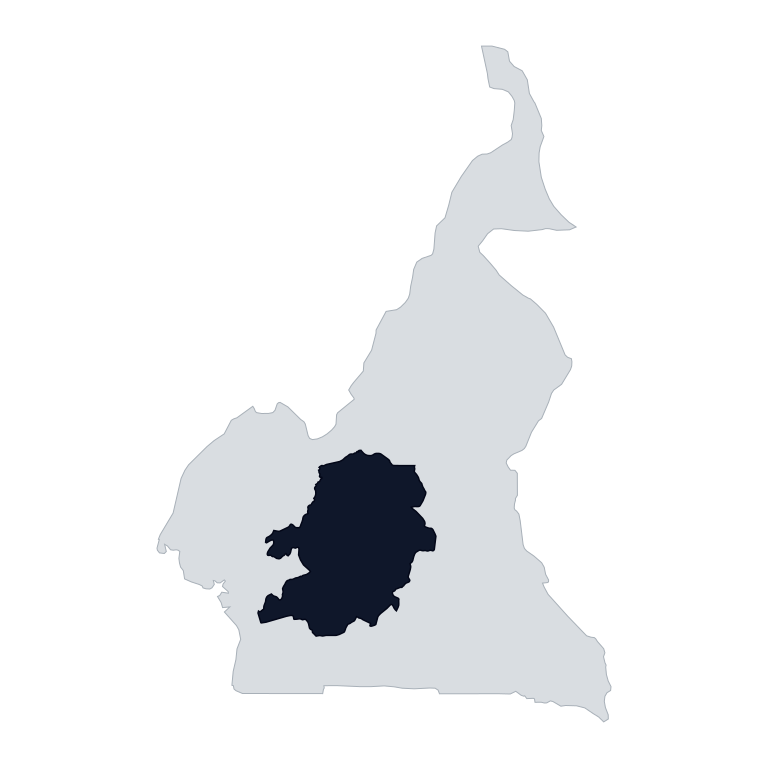 Centre highlighted on a map of Cameroon
{"feature_id": "CMR-1480", "entity_name": "Centre", "entity_type": "Province", "adm_level": 1, "iso_a3": "CMR", "parent_name": "Cameroon", "parent_adm1": "", "projection": "orthographic", "projection_center": [11.575, 4.696], "detail": "fine", "context": "in_parent", "style": "filled", "palette": "ink", "viewbox_px": 768, "rotation_deg": 0, "n_neighbors": 0, "source": "natural_earth", "source_scale": "10m", "svg_char_len": 9778}
<svg xmlns="http://www.w3.org/2000/svg" viewBox="0 0 768 768"><path d="M158.4,539.3L160.2,534.7L173.1,513.1L181.1,478.4L184.9,470.3L188.6,464.8L207.2,446.4L214.1,440.6L224.2,433.9L231.3,420.3L233.7,418.9L236.9,417.8L252.8,406.3L254.2,408.5L255.3,411.3L256.5,412.6L261.6,413.5L268.7,413.4L272.8,412.6L275.0,410.3L277.2,403.9L278.5,402.7L280.1,402.4L287.9,406.9L300.7,419.5L303.9,421.7L305.3,424.1L308.1,435.6L309.6,438.4L312.4,439.6L317.4,438.9L322.5,436.8L327.1,433.9L331.6,430.1L334.6,426.7L336.0,424.2L336.6,414.8L337.6,412.8L354.2,399.3L353.9,398.0L351.1,394.2L348.7,390.0L351.2,385.7L353.7,382.4L363.3,371.1L363.9,362.9L371.6,350.2L376.0,333.3L376.1,330.0L386.1,311.4L396.6,309.7L400.6,307.1L405.3,302.5L408.3,298.2L409.7,294.1L410.7,286.2L412.6,277.2L413.7,269.4L416.8,262.1L422.1,258.4L431.2,255.3L432.6,253.9L433.9,249.1L435.1,233.0L436.6,225.9L445.0,217.8L448.7,205.3L451.9,192.2L461.4,176.3L472.5,160.5L477.7,156.2L482.1,154.2L487.1,154.0L490.6,152.8L502.6,144.9L507.6,142.2L511.3,139.5L512.1,137.1L512.5,133.7L511.2,125.5L513.2,119.6L514.3,110.3L514.8,103.1L514.3,100.6L512.0,96.4L508.4,91.9L502.3,89.3L494.0,88.6L489.7,87.0L488.0,78.7L487.4,73.5L481.5,46.1L492.0,46.1L504.6,49.3L507.8,51.8L509.5,61.2L514.1,66.5L522.2,70.8L527.3,79.8L529.4,93.5L533.9,101.7L534.9,103.0L541.3,118.5L541.8,125.6L541.3,130.5L543.9,136.5L540.2,146.7L539.1,152.9L538.9,161.7L541.3,177.3L545.2,189.2L549.3,198.9L553.8,206.4L561.1,214.7L568.9,222.2L576.1,227.0L569.5,229.8L556.6,230.3L549.2,228.7L545.6,228.6L542.1,229.6L528.3,231.2L514.4,230.5L501.4,228.7L493.6,229.0L487.6,233.7L482.7,240.7L478.2,246.2L479.8,252.3L483.3,255.6L490.0,263.0L496.1,270.2L499.2,275.0L511.2,285.6L522.8,295.0L528.4,298.2L530.4,298.9L536.7,304.3L545.5,313.2L553.6,327.1L565.1,354.9L567.6,357.3L571.4,358.7L571.9,361.7L571.7,366.0L570.5,369.6L561.6,384.3L553.8,390.0L551.5,393.4L548.7,401.9L541.6,418.5L538.5,420.8L531.5,432.2L525.8,446.4L524.3,448.6L522.0,450.4L513.8,453.9L511.0,455.7L506.8,460.1L506.2,463.0L508.2,467.0L510.5,470.2L514.9,470.3L517.3,473.3L517.4,495.3L515.4,498.6L515.5,500.1L514.5,503.9L514.2,508.1L514.9,509.8L516.6,511.1L518.9,514.1L520.2,520.8L523.1,544.6L524.4,548.4L526.7,551.0L534.0,556.1L541.7,562.8L544.2,567.2L545.6,574.3L548.6,580.0L548.5,581.9L547.3,582.6L542.5,583.1L544.2,587.2L548.1,594.4L567.8,616.3L586.6,635.8L591.0,637.2L594.3,637.6L595.7,638.8L597.5,641.6L603.7,648.7L604.9,652.8L603.5,656.7L605.0,662.9L606.1,665.1L605.7,667.1L606.4,674.5L608.2,681.0L611.0,686.6L610.6,690.5L607.0,692.7L604.9,696.3L604.3,701.4L605.4,707.5L608.2,714.8L608.3,719.0L603.7,721.9L598.7,717.0L593.2,713.6L584.8,707.9L576.5,705.8L565.6,705.5L560.9,706.2L552.9,701.5L550.3,700.9L546.7,702.9L544.3,703.0L541.2,702.2L535.0,702.3L534.5,698.9L533.4,698.3L526.8,698.6L524.7,695.8L523.8,696.2L521.2,695.3L515.8,691.3L510.2,694.0L498.5,693.7L439.5,693.8L438.1,690.1L435.1,688.2L429.8,688.0L414.2,688.8L402.2,688.2L394.1,686.8L384.1,685.9L371.7,686.6L359.0,686.6L336.4,685.6L323.9,685.7L324.2,688.0L323.4,689.6L322.7,693.6L242.5,693.5L236.0,690.7L234.0,689.0L233.4,685.7L231.9,685.3L233.2,671.4L235.9,659.7L237.0,648.9L240.7,639.3L238.8,629.7L236.5,625.6L224.4,612.0L229.9,606.9L222.6,607.6L221.1,602.5L217.5,596.5L219.7,595.5L221.8,592.2L228.4,593.2L228.2,591.6L222.5,586.5L223.1,584.0L225.4,581.1L224.3,579.9L220.2,582.9L217.2,582.8L214.9,580.8L213.3,580.5L214.3,584.4L212.0,587.8L209.8,589.0L206.0,588.8L203.0,587.9L202.2,586.0L199.3,584.5L191.3,581.9L184.6,578.9L183.3,570.6L180.6,567.1L179.5,563.0L178.9,558.4L179.8,551.4L178.1,550.2L176.2,549.8L173.3,550.2L170.6,549.8L167.4,545.9L164.6,544.3L166.3,551.5L164.3,553.5L159.5,552.9L157.4,550.2L157.0,548.2L159.3,539.5L158.4,539.3Z" fill="#d9dde1" stroke="#a8b0b8" stroke-width="1"/><path d="M361.0,450.3L361.6,451.1L363.6,453.3L364.9,454.3L366.3,455.0L367.1,455.3L368.1,455.5L369.6,455.6L371.0,455.6L371.6,455.5L372.3,455.2L373.0,454.9L374.3,454.0L375.3,453.6L376.5,453.4L378.7,453.4L379.9,453.6L380.9,454.0L388.5,459.5L389.1,460.1L389.5,460.7L389.8,461.4L390.1,462.4L390.4,462.8L391.4,463.9L391.8,464.5L392.0,464.9L393.4,465.5L399.5,465.6L414.7,465.6L414.5,466.3L414.4,467.3L414.7,468.5L414.7,469.2L414.3,471.1L414.3,471.4L414.5,472.0L414.9,472.6L416.5,474.4L417.9,476.6L418.4,477.5L419.2,480.2L419.5,480.8L419.9,481.5L421.5,483.2L421.7,483.5L421.9,484.0L422.1,484.9L422.9,487.1L424.1,489.1L424.7,490.5L425.7,491.9L425.8,492.8L425.5,494.4L423.0,500.7L420.2,505.5L419.8,506.0L419.1,506.4L418.1,506.6L414.3,506.5L411.3,507.3L412.0,508.3L416.0,511.4L422.7,518.4L423.4,519.5L424.6,521.5L424.9,522.7L425.0,523.7L424.7,525.0L424.6,525.3L424.5,525.9L424.6,526.4L425.4,526.9L428.4,528.0L429.1,528.2L429.9,528.3L431.2,528.3L432.0,528.7L432.9,529.6L435.0,533.9L435.9,536.2L434.3,549.5L433.7,550.4L433.2,550.7L432.6,550.8L431.3,550.4L430.6,550.3L429.9,550.3L428.6,550.8L427.9,551.0L427.2,551.0L425.7,550.6L425.1,550.5L423.5,550.7L422.6,550.7L421.5,550.5L421.0,550.3L420.5,550.2L420.1,550.1L419.5,550.2L418.8,550.5L416.0,552.2L415.3,553.0L414.6,554.2L413.7,556.7L412.7,560.7L411.9,562.1L410.0,563.7L410.6,565.7L410.7,566.4L410.7,567.1L410.3,569.5L408.2,576.4L408.2,577.3L408.8,578.5L409.5,579.5L409.7,580.0L409.8,580.6L409.5,581.2L409.1,581.8L407.9,582.4L407.3,582.6L406.4,582.9L405.6,583.5L404.4,584.6L403.8,585.6L402.5,586.6L402.0,587.3L401.6,587.4L400.2,587.4L396.7,588.8L396.2,588.9L395.9,589.1L395.6,589.4L395.2,590.1L394.7,590.8L393.7,591.3L393.3,591.3L393.1,591.4L392.7,591.7L392.5,592.4L392.4,593.1L392.5,593.8L393.3,595.5L394.5,596.6L398.1,598.2L398.6,598.6L398.9,599.4L398.7,600.4L398.8,603.9L398.7,605.4L398.1,607.2L396.4,610.8L395.4,609.9L394.2,608.3L392.8,605.5L392.4,605.0L392.1,604.7L391.6,604.5L391.0,604.5L390.3,604.9L386.9,608.4L380.6,613.5L378.6,615.6L377.8,616.9L375.8,624.5L374.6,625.2L371.8,626.1L370.8,626.2L370.1,626.0L369.9,625.3L370.5,624.0L370.5,623.5L369.6,622.9L362.9,619.7L361.5,618.7L360.8,618.4L358.7,617.9L357.7,617.1L356.6,616.6L354.7,620.3L354.2,620.9L351.5,622.3L350.3,623.2L349.6,623.6L348.3,624.0L347.7,624.5L345.8,627.9L345.3,629.6L344.4,631.8L343.8,632.3L339.4,634.4L336.5,635.3L335.1,635.4L325.9,635.4L323.4,635.9L322.4,636.0L319.9,635.5L318.3,635.7L316.1,636.1L313.6,633.5L312.9,632.9L312.5,632.4L312.3,630.6L312.0,630.0L311.4,629.7L310.8,629.5L310.2,629.0L309.5,628.1L308.5,623.6L307.9,622.1L306.2,619.9L305.4,619.4L304.7,619.3L302.9,619.7L302.2,619.7L301.7,619.4L300.8,619.0L299.5,618.8L296.6,619.2L294.2,619.3L293.8,619.0L293.6,617.6L293.3,616.4L293.0,615.9L292.5,615.6L291.4,615.4L290.1,615.5L286.3,616.3L266.0,622.2L261.4,622.9L260.9,622.7L258.0,613.0L258.5,611.1L258.9,611.4L259.4,611.6L259.7,611.6L260.2,611.6L260.7,611.4L261.0,611.2L262.5,609.9L263.3,609.4L263.7,609.0L263.9,606.2L264.2,605.2L265.5,601.9L265.9,599.1L266.1,598.4L266.8,596.9L268.1,595.6L271.4,594.0L273.2,595.7L273.6,595.9L274.1,596.1L276.1,596.7L276.9,597.2L277.6,597.9L278.6,599.2L279.1,599.8L279.8,600.0L280.4,599.8L281.1,599.3L281.6,598.7L282.0,597.9L282.6,596.1L282.4,594.6L283.1,592.3L283.1,591.8L283.0,590.9L282.7,589.4L282.6,588.6L283.0,587.6L283.6,586.3L285.0,584.1L285.5,582.9L286.7,581.0L287.2,580.9L288.0,580.3L288.3,580.2L289.0,580.1L289.4,579.9L289.7,579.6L290.1,579.4L290.8,579.4L292.2,579.4L293.3,579.1L295.5,578.0L298.2,577.5L300.5,576.3L301.5,576.6L302.3,575.8L303.0,575.4L306.2,574.6L306.6,574.4L307.2,574.1L309.0,572.9L310.4,571.6L309.6,570.4L303.5,564.9L300.5,559.9L298.6,554.9L299.0,549.4L298.7,547.7L298.2,547.4L297.7,547.3L297.1,547.4L295.9,547.9L295.5,548.1L294.8,548.0L294.2,547.7L293.4,547.6L292.7,547.6L292.0,548.0L291.5,548.5L291.2,549.4L290.5,552.5L289.8,554.0L288.1,555.8L287.1,555.3L286.7,554.8L286.5,554.1L286.3,553.7L285.9,553.5L285.3,554.0L284.7,554.8L283.9,555.5L282.9,555.9L280.6,558.2L279.7,558.6L279.0,558.8L276.6,558.4L274.7,557.1L274.1,556.7L273.7,556.6L272.6,556.6L272.0,556.3L270.9,555.3L270.3,555.2L269.6,555.3L268.9,555.4L268.3,555.4L267.7,555.2L267.5,554.9L267.4,554.7L267.3,554.3L267.3,553.7L267.5,552.8L267.9,551.7L270.2,548.0L272.8,545.3L273.2,544.7L273.5,544.1L273.7,543.1L273.8,542.3L273.7,541.5L273.5,540.7L272.8,539.9L271.4,540.1L269.5,541.0L266.6,542.8L266.0,542.6L265.6,542.3L266.0,539.1L266.5,538.0L267.0,537.5L269.4,536.3L271.5,534.6L272.7,533.2L273.8,530.5L278.2,531.3L279.1,531.3L280.0,531.1L288.2,527.2L288.8,526.8L289.3,526.2L289.7,525.7L290.0,525.0L290.2,524.8L290.7,524.3L291.3,524.2L292.1,524.5L292.8,524.9L295.3,527.4L296.1,527.6L297.4,527.7L298.8,527.7L299.5,527.4L300.1,526.9L300.7,525.4L300.8,524.9L302.1,521.6L302.7,519.6L302.9,518.2L303.1,517.4L303.4,516.6L304.3,515.5L305.3,514.7L306.9,514.0L308.1,513.5L307.7,512.3L307.7,511.7L307.7,511.2L308.1,509.5L308.2,509.1L307.9,507.8L307.9,507.0L308.1,506.6L308.4,506.1L309.1,505.5L309.6,505.2L310.0,505.1L310.7,505.0L310.9,504.9L311.2,504.5L312.7,502.0L313.7,501.6L314.0,501.5L314.1,501.2L314.3,500.5L314.5,500.2L314.6,499.8L314.6,499.5L313.8,498.4L315.0,496.7L315.2,496.2L315.7,494.5L315.8,493.6L315.7,491.4L315.6,490.8L315.5,490.5L314.8,489.2L314.8,488.8L314.6,488.1L315.0,487.2L315.8,486.2L316.3,485.3L315.8,484.5L317.1,483.7L317.6,483.2L318.0,482.1L318.5,481.9L319.0,481.8L319.5,481.6L319.8,481.1L320.9,478.9L321.7,478.5L321.9,478.1L321.7,477.3L321.1,477.2L320.5,477.3L319.9,477.1L319.5,476.4L319.6,475.8L319.8,475.2L319.9,474.5L319.8,473.7L319.5,473.3L319.3,473.0L319.1,472.6L319.0,472.0L318.9,470.8L318.6,470.2L319.5,469.6L319.9,468.7L319.8,467.8L319.1,467.4L319.6,466.8L320.6,466.1L321.5,465.6L322.1,465.5L323.1,465.9L324.3,465.5L326.4,464.5L339.8,461.5L340.7,461.0L341.2,460.7L342.6,460.0L345.4,457.4L347.8,455.9L348.9,454.9L350.0,454.2L351.2,454.0L352.4,454.1L353.5,453.9L353.9,453.7L354.1,453.4L354.6,453.1L355.3,453.1L356.1,452.8L356.9,451.7L357.4,451.4L357.8,451.6L358.1,451.8L358.3,452.0L358.8,451.9L358.8,451.6L358.7,450.8L358.8,450.6L359.4,450.4L361.0,450.3Z" fill="#0f172a" stroke="#020617" stroke-width="1.5"/></svg>